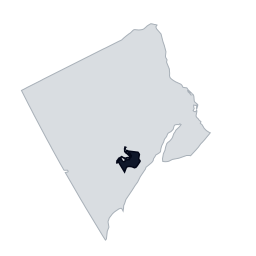 location of Zemam Out, Al Bahr al Ahmar, Egypt, rotated 60°
{"feature_id": "37247803B70962807620148", "entity_name": "Zemam Out", "entity_type": "district", "adm_level": 2, "iso_a3": "EGY", "parent_name": "Egypt", "parent_adm1": "Al Bahr al Ahmar", "projection": "orthographic", "projection_center": [32.567, 25.936], "detail": "fine", "context": "in_parent", "style": "filled", "palette": "ink", "viewbox_px": 256, "rotation_deg": 60, "n_neighbors": 0, "source": "geoboundaries", "source_scale": "gbopen_adm2", "svg_char_len": 6368}
<svg xmlns="http://www.w3.org/2000/svg" viewBox="0 0 256 256"><g transform="rotate(60 128 128)"><path d="M213.8,203.6L209.1,203.8L204.3,203.9L199.6,204.0L194.9,204.1L190.1,204.2L185.4,204.3L180.6,204.4L175.9,204.5L171.2,204.5L166.4,204.6L161.7,204.6L156.9,204.6L152.2,204.6L147.4,204.6L142.7,204.6L137.9,204.6L135.2,204.6L135.7,203.2L136.0,202.2L135.7,201.5L134.8,201.4L134.2,201.6L132.7,204.4L132.0,204.6L130.3,204.5L124.8,204.5L119.2,204.4L113.7,204.3L108.2,204.2L102.7,204.0L97.2,203.9L91.7,203.7L86.1,203.5L80.6,203.3L75.1,203.1L69.6,202.9L64.1,202.6L58.6,202.4L53.1,202.1L47.7,201.8L42.2,201.5L42.4,198.0L42.5,194.5L42.7,191.0L42.9,187.5L43.1,184.0L43.3,180.5L43.4,177.0L43.6,173.5L43.8,170.0L44.0,166.5L44.2,163.0L44.4,159.5L44.6,156.0L44.8,152.5L45.0,149.0L45.2,145.5L45.4,142.1L45.6,138.6L45.8,135.1L46.0,131.6L46.2,128.1L46.4,124.6L46.6,121.1L46.8,117.6L47.0,114.1L47.2,110.6L47.5,107.1L47.7,103.6L47.9,100.1L48.1,96.6L48.3,93.1L48.6,89.6L48.5,89.0L47.9,86.5L47.4,83.5L46.9,79.7L46.9,78.5L45.9,74.6L45.9,73.6L46.3,72.8L48.5,69.7L49.2,68.2L49.9,66.4L50.1,64.8L49.7,62.5L49.2,60.4L49.1,58.2L49.1,56.1L50.2,54.7L51.6,53.4L52.1,52.6L52.9,51.8L53.4,51.4L54.3,53.3L56.3,53.7L63.1,52.4L70.5,54.5L74.6,55.3L80.9,57.0L84.6,59.7L85.7,60.1L88.5,60.1L90.2,61.7L97.5,62.7L101.3,64.5L103.5,65.9L104.8,66.3L106.0,66.3L107.6,65.8L109.6,64.9L111.8,63.7L116.4,60.4L118.0,59.9L119.1,60.0L120.4,60.0L120.9,59.1L121.6,58.5L122.0,57.8L122.7,57.0L125.1,56.8L129.8,55.4L129.2,56.1L124.9,57.6L126.8,57.9L128.6,57.3L130.8,57.0L131.2,56.3L131.5,55.0L131.9,54.8L133.4,55.1L137.7,57.1L138.8,57.2L141.9,56.1L142.6,55.9L143.6,56.5L145.9,59.0L145.1,59.0L142.6,56.8L142.4,57.9L141.0,59.7L142.7,60.6L144.2,60.9L144.9,61.9L145.4,62.9L146.8,62.5L147.8,61.2L147.3,60.5L146.9,59.7L147.4,59.7L148.4,60.3L151.2,62.8L152.1,63.2L153.2,63.2L155.5,62.5L156.1,62.6L159.1,61.7L159.5,62.3L160.0,63.0L162.4,62.2L166.3,62.2L169.4,61.4L173.1,59.5L173.3,59.2L173.5,59.6L174.0,60.9L175.2,64.2L176.2,66.8L177.4,70.4L177.8,71.8L178.0,72.7L179.8,76.7L180.9,79.9L181.7,82.5L182.9,86.4L183.3,87.7L182.6,88.4L181.1,91.0L179.6,99.0L177.4,105.3L177.2,109.2L176.8,110.6L175.8,112.6L174.4,114.6L172.0,113.6L168.0,110.2L165.7,107.0L163.3,104.9L160.9,102.2L160.3,100.2L160.3,98.9L159.3,95.8L158.5,94.3L155.7,91.0L154.9,89.2L154.3,88.4L153.7,87.3L152.7,83.0L151.6,80.3L150.3,81.0L150.6,82.2L149.5,83.8L148.8,85.6L149.3,87.1L151.6,89.4L152.0,90.4L152.6,92.6L152.5,95.6L152.9,96.6L154.6,98.8L155.2,100.1L155.6,101.2L156.1,102.2L157.9,104.1L160.3,107.8L162.7,110.2L164.4,111.4L165.1,112.6L165.3,115.6L165.2,117.1L166.7,119.8L167.3,121.2L168.7,122.4L169.4,123.6L170.0,125.8L171.0,132.0L172.3,133.5L176.3,141.7L179.7,146.8L181.4,150.7L183.9,155.4L188.9,165.6L191.8,168.8L193.0,170.5L195.1,171.9L197.5,173.8L195.3,173.7L194.7,173.8L194.0,174.2L193.7,175.4L193.5,176.4L193.9,181.6L194.5,184.3L196.6,189.3L198.0,190.8L198.7,191.8L199.7,192.4L204.3,194.1L207.1,197.6L213.2,202.1L213.8,203.3L213.8,203.6Z" fill="#d9dde1" stroke="#a8b0b8" stroke-width="1"/><path d="M151.3,138.9L151.9,139.0L152.0,139.0L152.3,139.0L152.8,139.2L153.0,139.1L153.0,139.3L153.4,139.6L153.5,139.5L153.6,139.4L153.8,139.2L153.9,139.3L153.9,139.5L154.0,139.5L154.2,139.9L154.3,140.0L154.5,140.1L154.5,140.3L154.6,140.5L154.8,140.7L154.9,140.8L154.9,141.0L155.0,141.1L155.3,141.4L155.3,141.5L155.4,142.0L155.6,142.1L155.8,142.3L155.9,142.5L155.7,142.5L155.5,142.8L155.5,143.2L155.5,143.3L155.5,143.6L155.3,143.9L155.4,144.0L155.3,144.4L155.2,144.6L154.9,145.0L154.8,145.3L154.7,145.4L154.5,145.5L154.3,145.8L154.3,146.0L154.1,146.1L154.0,146.3L155.3,147.0L155.3,147.5L154.9,148.8L154.0,149.4L152.9,149.4L150.6,149.3L150.7,149.6L150.7,149.8L150.8,149.9L151.0,150.0L150.9,150.1L151.0,150.3L151.1,150.5L151.3,150.8L151.4,151.0L151.5,151.2L151.5,151.3L151.6,151.5L151.7,151.8L151.6,152.0L151.7,152.3L151.8,152.6L151.8,152.8L151.8,153.0L151.9,153.3L152.0,153.4L152.1,153.5L152.3,153.8L152.5,153.9L152.5,154.0L153.2,153.2L164.4,153.0L161.6,149.5L161.1,147.9L161.8,146.3L163.2,144.3L164.5,143.1L165.6,142.4L166.0,140.9L165.3,138.9L164.2,136.7L163.5,135.3L163.0,134.3L162.1,133.9L160.8,134.3L159.8,134.0L158.8,133.2L157.8,132.4L156.7,131.4L156.1,131.3L154.9,131.4L154.0,131.5L147.6,140.0L147.3,139.8L146.8,140.4L147.1,140.6L147.4,140.8L147.7,140.8L147.8,140.8L148.0,140.7L148.1,140.2L148.4,139.9L148.5,139.7L148.9,139.7L149.2,139.7L149.4,139.6L149.6,139.6L149.8,139.7L150.1,139.6L150.2,139.3L150.3,139.2L150.5,139.1L150.8,139.0L151.0,139.1L151.3,138.9L151.3,138.9ZM154.5,139.6L154.3,139.8L154.2,139.4L154.0,139.2L154.5,139.6ZM143.5,139.7L143.0,140.1L144.2,141.3L146.7,142.6L147.1,142.5L148.2,142.4L149.9,141.6L151.3,141.2L153.1,140.6L153.9,141.0L154.0,141.2L154.0,141.3L153.9,142.4L153.9,142.5L153.2,143.5L153.0,144.7L152.7,145.5L151.1,147.0L149.6,147.7L149.7,149.4L149.8,149.4L150.0,151.4L150.3,151.2L150.4,151.3L150.5,151.3L150.5,151.1L150.5,150.6L150.5,150.3L150.5,150.1L150.3,150.0L150.2,149.8L150.1,149.7L149.9,149.2L149.9,148.9L149.9,148.5L149.8,148.4L149.8,148.2L149.9,147.8L150.0,147.8L150.1,147.7L150.3,147.5L150.5,147.4L150.8,147.2L151.2,147.1L151.5,147.0L151.6,146.9L151.9,146.7L152.0,146.5L152.1,146.4L152.4,146.2L152.5,146.2L152.8,145.8L153.1,145.5L153.1,145.4L153.3,145.4L153.5,145.3L153.5,145.2L153.4,144.8L153.5,144.2L153.5,143.9L153.5,143.7L153.7,143.1L153.8,143.0L153.9,142.7L154.0,142.4L154.0,142.2L154.1,141.9L154.1,141.6L154.1,141.4L154.0,141.0L153.9,140.8L153.9,140.6L153.8,140.4L153.7,140.4L153.2,140.1L152.9,140.0L152.7,140.0L152.1,140.2L151.9,140.4L151.7,140.4L151.4,140.5L151.1,140.5L150.9,140.6L150.6,140.6L150.5,140.9L150.4,141.1L150.2,141.0L149.9,141.1L149.7,141.2L149.5,141.3L149.4,141.4L149.2,141.6L148.9,141.7L148.7,141.8L148.4,141.8L148.1,142.0L147.9,142.1L147.7,142.2L147.4,142.2L147.5,142.3L147.3,142.4L147.2,142.2L146.9,142.2L146.7,142.2L146.2,142.2L145.8,141.9L145.7,141.9L145.5,141.7L145.4,141.6L145.1,141.4L145.0,141.1L144.9,141.1L144.7,141.0L144.6,140.9L144.5,141.0L144.4,141.0L144.4,140.9L144.2,140.8L144.1,140.7L143.9,140.4L143.6,140.2L143.5,139.8L143.5,139.7ZM152.7,155.1L152.8,154.9L152.7,154.8L152.6,154.7L152.4,154.6L152.2,154.5L152.0,154.4L151.9,154.3L151.9,154.2L151.7,154.0L151.4,153.8L151.2,153.7L150.9,153.4L150.9,153.2L150.8,152.9L150.7,152.7L150.4,152.6L150.9,154.0L152.7,155.1ZM150.3,152.4L150.4,152.2L150.3,151.8L150.2,151.8L150.0,151.7L150.3,152.4Z" fill="#0f172a" stroke="#020617" stroke-width="1.5"/></g></svg>